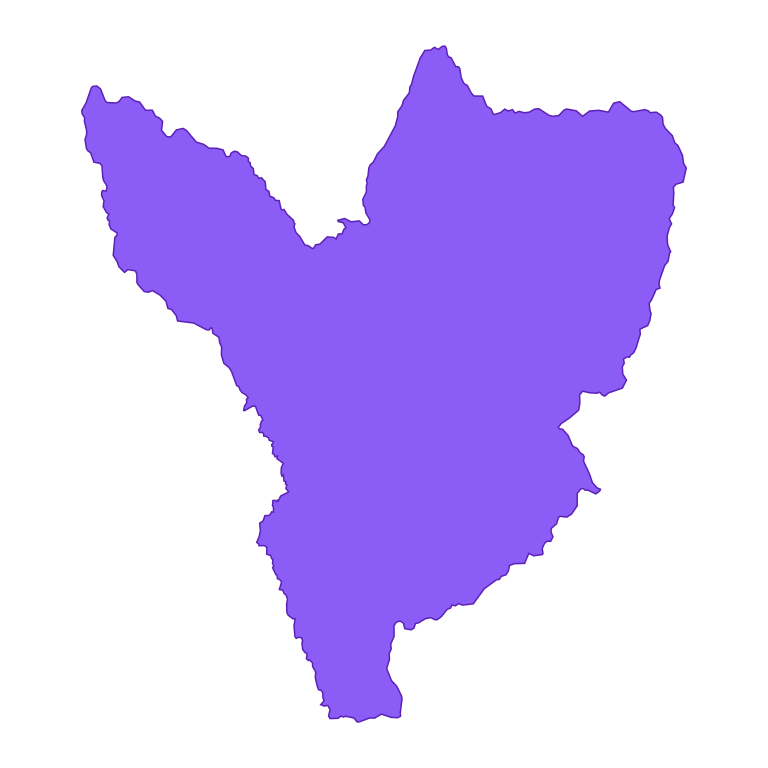 the district of Sipí, Chocó, Colombia
{"feature_id": "7082276B50547805834837", "entity_name": "Sipí", "entity_type": "district", "adm_level": 2, "iso_a3": "COL", "parent_name": "Colombia", "parent_adm1": "Chocó", "projection": "equal_earth", "projection_center": [-76.598, 4.565], "detail": "fine", "context": "isolated", "style": "filled", "palette": "violet", "viewbox_px": 768, "rotation_deg": 0, "n_neighbors": 0, "source": "geoboundaries", "source_scale": "gbopen_adm2", "svg_char_len": 6087}
<svg xmlns="http://www.w3.org/2000/svg" viewBox="0 0 768 768"><path d="M600.5,489.3L597.1,487.9L592.4,482.6L589.4,473.8L583.5,461.1L584.2,456.9L583.3,454.9L579.9,452.5L577.5,448.6L572.7,446.2L568.0,435.3L562.5,429.2L559.5,428.9L558.3,427.2L561.4,423.4L569.5,418.0L578.7,410.1L579.8,403.6L579.6,394.8L582.7,391.2L589.8,392.8L597.1,393.2L599.8,392.2L602.2,395.0L604.8,396.1L608.7,392.8L622.4,388.1L626.5,380.1L622.8,374.1L622.3,366.8L624.2,363.3L623.5,358.9L627.5,356.8L629.4,357.3L630.5,355.2L633.7,352.7L636.1,347.8L640.3,334.1L639.9,329.2L647.7,325.6L649.8,320.6L651.1,313.4L650.2,311.4L649.1,303.5L651.6,299.7L656.2,289.4L660.0,288.1L659.0,284.0L659.5,280.2L664.6,265.7L668.1,261.1L669.6,253.1L670.7,251.8L667.6,244.7L667.1,236.1L669.5,227.3L671.6,223.9L669.2,218.8L672.3,214.0L674.6,207.5L673.1,205.2L673.8,193.6L673.4,187.2L676.1,184.2L683.1,182.1L686.3,168.0L683.7,163.7L682.4,155.1L677.9,145.5L674.8,142.8L672.3,135.6L665.4,128.5L663.1,124.2L662.5,117.2L660.7,115.0L656.4,112.2L649.8,112.6L648.7,111.0L644.9,109.6L633.6,111.7L631.2,111.1L619.7,101.7L613.7,103.1L608.4,112.1L598.8,110.3L589.6,111.0L582.6,116.3L576.3,110.8L566.6,109.0L564.0,110.1L558.8,115.5L553.0,116.3L549.1,115.4L538.9,108.7L534.6,109.1L528.9,112.3L523.9,112.7L519.1,111.4L515.0,113.0L512.5,109.6L508.1,111.0L504.7,109.1L500.6,112.6L494.4,114.5L493.3,114.0L490.9,108.8L486.7,106.3L482.7,96.1L474.0,96.0L471.4,93.3L467.4,85.6L463.7,83.2L461.2,77.6L459.8,68.6L458.5,66.8L455.7,66.6L451.2,57.8L448.6,56.8L447.3,54.6L446.4,48.4L445.0,46.1L442.2,46.4L438.2,49.4L434.4,47.3L430.8,50.0L424.8,50.5L420.2,58.0L413.4,76.8L411.6,84.1L409.9,87.0L409.3,92.9L403.6,100.2L402.0,105.6L397.7,111.9L397.7,116.5L395.4,125.6L384.4,146.3L377.5,153.8L373.2,162.3L370.2,164.8L368.8,168.1L368.0,175.8L366.4,180.0L367.2,183.4L366.4,185.7L366.3,192.1L362.8,199.4L363.4,205.5L365.0,207.1L365.9,212.9L370.0,220.0L369.5,222.3L367.3,224.5L363.4,224.9L359.3,220.9L351.1,221.8L344.6,218.5L337.8,220.3L338.3,221.6L343.3,222.8L345.9,227.8L343.8,229.4L342.1,233.8L338.4,234.0L336.0,239.0L333.8,237.4L327.2,236.9L319.9,244.1L315.7,244.8L313.7,248.0L312.3,248.5L308.1,245.6L304.9,245.1L299.8,236.5L296.1,232.7L294.0,227.0L294.9,223.8L293.8,222.5L293.6,220.4L287.0,214.3L284.0,209.5L282.2,210.2L281.1,209.2L279.2,200.6L275.5,200.4L273.8,197.7L269.8,196.2L268.9,191.4L266.0,189.5L265.2,181.8L261.4,177.7L258.6,178.3L257.2,175.6L254.0,174.6L253.3,168.5L250.6,166.1L250.1,162.6L248.3,161.4L248.4,158.1L245.9,156.1L241.5,155.6L237.2,151.8L234.3,151.2L231.0,153.2L230.0,156.2L226.9,156.9L225.3,155.2L223.2,150.0L217.2,148.3L209.1,148.2L203.7,144.3L196.3,142.1L186.5,130.5L183.2,128.4L176.4,129.9L170.7,137.0L166.7,136.6L161.5,130.2L162.6,121.4L159.4,118.0L155.4,116.1L152.4,110.2L145.5,110.3L139.6,102.0L135.1,101.0L128.6,96.8L122.1,97.4L119.0,101.6L116.2,103.0L106.9,102.5L105.1,100.5L100.5,88.9L96.8,86.0L92.7,86.4L91.3,87.9L86.1,102.8L81.7,110.6L82.1,113.8L84.6,117.7L84.4,121.2L86.6,130.5L86.6,134.5L85.0,139.6L86.4,148.2L87.7,150.7L90.7,152.9L93.9,162.2L100.0,163.4L101.9,165.7L102.8,177.7L103.6,180.6L106.5,185.2L107.0,187.7L106.0,191.1L102.6,190.5L101.7,192.3L101.6,195.5L104.0,200.8L103.2,206.7L106.5,212.6L108.9,214.1L107.1,217.8L107.8,220.0L109.5,220.9L109.1,224.8L111.0,229.1L117.0,232.8L117.1,235.1L114.9,237.3L113.2,255.4L117.1,261.6L119.0,266.9L124.6,272.4L127.8,269.6L135.5,270.9L136.9,274.6L136.9,282.6L138.7,285.4L144.3,291.6L148.7,292.2L152.4,290.6L160.0,295.1L166.0,301.3L167.9,308.4L171.5,309.5L176.2,315.6L177.6,321.0L193.6,323.0L206.6,329.8L209.3,329.9L210.7,328.0L212.1,328.2L212.9,333.3L218.9,337.3L219.7,342.8L221.6,347.0L221.4,354.8L223.9,363.4L228.8,367.3L231.5,371.4L236.6,385.5L239.1,387.0L239.6,389.2L242.0,392.6L245.6,394.6L248.2,397.7L246.5,399.2L246.6,403.1L244.6,405.8L243.6,410.4L244.5,410.7L252.8,406.0L255.5,406.3L258.0,413.5L258.9,415.3L260.7,415.4L262.9,420.0L261.5,421.1L260.3,424.7L260.5,427.1L258.6,430.0L259.6,432.5L262.3,432.4L263.5,433.7L263.8,436.1L266.1,436.4L268.5,437.9L269.3,440.3L273.0,441.5L273.0,443.0L271.7,444.6L271.9,446.2L273.2,446.8L272.5,453.5L274.2,454.5L275.0,456.8L277.4,456.0L276.9,458.7L283.3,463.2L281.3,467.7L281.1,473.6L282.0,476.1L283.4,474.9L283.9,481.0L285.8,481.7L285.4,483.9L286.8,484.7L285.9,488.5L288.7,491.9L280.7,496.0L278.3,501.0L277.5,500.1L276.4,501.6L274.8,500.3L272.9,500.5L272.5,505.6L273.4,507.2L273.5,512.1L271.7,511.8L269.4,515.4L264.9,515.6L263.1,520.9L259.6,523.2L260.4,530.3L259.2,536.5L256.7,542.4L258.8,544.1L259.0,545.7L264.4,545.6L266.8,547.4L266.7,554.3L270.5,555.4L271.6,558.6L272.9,559.5L272.5,563.5L273.7,565.7L272.6,567.8L275.9,574.7L277.1,575.4L277.4,578.6L280.5,580.2L281.5,582.3L279.3,589.5L282.7,590.1L284.1,593.6L285.9,594.7L287.5,599.1L286.6,604.3L286.9,612.6L288.1,615.1L293.0,618.9L295.2,618.8L294.0,625.5L294.9,636.4L296.2,638.4L298.3,637.3L301.6,637.8L302.7,641.5L301.9,642.7L302.7,649.5L305.0,652.6L307.1,653.5L306.4,658.7L308.3,660.5L309.5,659.9L312.5,662.9L312.6,666.6L315.7,671.9L315.3,677.6L317.2,686.1L318.6,689.8L321.2,690.3L322.8,692.9L322.9,697.6L324.0,700.9L320.7,704.7L324.4,706.1L327.8,705.4L330.0,709.6L328.6,716.0L330.0,718.6L338.1,718.3L341.0,716.1L343.3,717.0L345.7,716.3L354.0,718.0L357.0,721.9L359.2,721.9L369.6,718.0L374.6,718.1L381.3,714.1L391.2,717.4L397.9,717.7L400.5,716.2L400.3,712.3L402.0,699.1L401.6,696.1L396.9,686.5L391.4,680.5L386.7,668.6L389.5,659.2L389.1,653.7L391.2,649.1L390.8,644.0L394.1,636.3L394.0,625.8L396.4,622.0L400.3,621.1L403.3,623.0L404.8,628.7L411.1,629.8L413.9,628.2L415.5,623.5L418.4,622.9L425.2,618.8L430.8,617.6L434.9,619.7L437.1,619.7L441.4,616.6L447.1,609.4L450.6,608.0L451.8,605.1L455.5,605.8L458.4,603.7L462.8,605.1L473.3,603.8L484.3,588.7L496.4,579.8L499.5,579.3L501.0,576.5L505.9,574.8L508.4,570.9L509.5,565.5L514.2,563.7L524.6,563.4L528.8,553.4L533.7,555.8L542.5,554.5L543.0,553.3L542.2,548.6L544.4,543.6L546.8,541.3L550.7,541.3L553.0,536.8L551.0,532.0L551.3,528.4L556.6,523.7L558.3,518.0L559.8,516.3L566.9,517.1L571.7,513.9L577.2,505.8L577.2,493.5L580.8,488.9L583.0,488.5L585.1,490.1L588.1,490.2L595.8,493.9L599.7,491.0L600.5,489.3Z" fill="#8b5cf6" stroke="#5b21b6" stroke-width="1.5"/></svg>